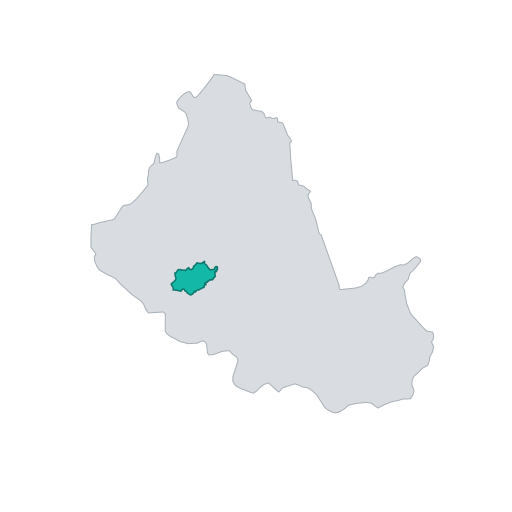 location of Bam, Bam, Burkina Faso, rotated 251°
{"feature_id": "67063806B14953893434288", "entity_name": "Bam", "entity_type": "district", "adm_level": 2, "iso_a3": "BFA", "parent_name": "Burkina Faso", "parent_adm1": "Bam", "projection": "natural_earth1", "projection_center": [-1.611, 13.44], "detail": "fine", "context": "in_parent", "style": "filled", "palette": "teal", "viewbox_px": 512, "rotation_deg": 251, "n_neighbors": 0, "source": "geoboundaries", "source_scale": "gbopen_adm2", "svg_char_len": 7884}
<svg xmlns="http://www.w3.org/2000/svg" viewBox="0 0 512 512"><g transform="rotate(251 256 256)"><path d="M371.7,324.7L359.6,325.3L355.2,326.8L352.6,326.8L352.5,325.5L352.2,324.8L337.0,320.5L326.3,318.0L315.5,315.2L314.9,317.8L313.3,319.5L311.0,319.7L309.4,319.2L308.3,321.3L306.5,323.9L304.0,325.2L301.5,326.9L300.1,328.3L299.1,328.3L296.7,324.9L293.4,324.6L287.2,325.2L284.5,324.2L280.7,323.8L271.8,324.5L257.6,323.1L255.2,323.8L254.6,324.5L240.5,324.6L225.0,324.8L212.0,324.9L200.7,325.1L200.7,324.5L197.0,324.4L196.6,325.6L193.4,339.2L193.0,346.6L194.7,351.2L196.7,354.1L198.8,355.3L199.0,357.0L197.3,359.1L197.4,361.3L199.5,363.5L200.0,365.9L198.9,368.4L199.2,374.3L200.7,383.8L200.7,389.9L199.3,392.7L200.0,397.5L202.8,404.3L203.2,407.1L202.2,408.5L199.9,410.2L197.6,410.2L194.8,406.1L193.6,404.2L191.4,400.1L189.5,395.9L187.0,394.1L184.5,392.4L181.5,387.1L178.5,384.6L175.4,385.3L170.9,384.3L161.8,383.0L152.0,383.4L147.9,384.6L143.9,386.5L133.6,390.8L129.6,392.9L126.5,398.2L123.1,398.1L119.6,396.4L117.4,393.9L112.8,394.5L108.3,392.1L104.0,387.5L100.8,386.0L96.7,382.7L95.6,376.3L93.0,371.9L90.7,365.7L87.1,362.9L83.1,361.4L77.4,361.7L73.8,359.3L70.8,355.6L71.6,352.5L73.0,348.1L73.1,343.8L74.0,336.8L73.5,328.1L72.5,322.0L75.6,319.5L79.2,317.2L81.5,313.1L83.8,303.8L84.8,295.8L84.1,292.9L82.9,290.5L82.0,287.1L81.5,282.9L82.1,279.2L84.8,275.8L88.3,272.9L90.7,271.6L97.1,270.1L105.1,268.0L109.7,265.6L113.1,263.2L115.0,261.3L116.9,257.4L120.0,254.4L122.4,251.4L122.7,242.9L122.7,238.0L121.0,235.4L120.0,233.1L131.9,226.5L132.0,221.8L130.3,216.6L128.0,212.3L127.2,208.7L130.5,204.4L133.4,201.2L135.5,198.5L140.2,194.3L145.0,193.3L149.4,194.8L162.4,204.6L164.6,205.2L167.3,204.5L170.7,201.9L175.2,199.9L176.8,193.3L176.7,183.7L177.7,179.3L180.0,178.5L187.5,180.3L189.4,180.4L191.6,179.8L193.1,178.1L193.1,175.0L192.7,172.3L195.2,163.3L199.6,156.6L208.6,148.2L211.4,146.5L214.6,145.7L230.7,151.4L233.3,150.0L237.2,135.7L241.6,134.3L246.8,134.1L250.2,132.9L251.9,131.9L259.6,126.4L273.0,119.0L280.3,115.9L281.7,114.7L286.8,109.4L293.7,103.4L298.1,102.2L304.1,101.8L308.0,102.8L309.0,104.5L310.2,105.3L318.1,102.8L329.5,106.8L339.3,110.9L338.6,113.4L338.6,117.9L337.8,125.0L336.8,133.5L340.9,139.0L345.7,144.9L347.0,147.2L345.8,153.0L346.7,156.5L349.3,162.1L353.6,169.4L358.1,176.8L361.2,177.8L364.2,178.4L366.0,179.7L368.6,181.0L371.2,181.9L373.5,183.5L374.9,185.1L376.8,189.7L381.9,192.7L385.4,195.7L384.0,197.2L379.6,196.6L375.4,195.3L374.9,197.5L374.8,205.9L375.4,212.9L376.4,213.9L380.6,215.2L390.5,224.3L399.5,232.9L402.5,235.1L407.4,236.0L413.0,236.3L415.4,235.5L420.7,231.2L423.6,230.7L426.2,230.8L427.7,231.5L430.3,235.1L432.7,240.4L433.4,244.4L433.2,246.5L432.4,247.3L428.0,248.3L426.1,249.1L425.6,250.2L426.3,252.9L427.2,254.6L432.0,262.3L439.0,272.7L441.2,275.4L440.0,278.5L436.4,286.6L433.8,290.0L422.1,301.5L416.4,300.1L404.3,302.5L402.5,299.8L399.7,299.5L396.2,299.9L395.0,300.9L394.6,302.1L393.3,303.7L391.1,308.2L389.4,309.4L387.3,310.1L384.6,310.0L383.1,310.6L383.1,312.9L382.6,314.8L380.9,315.8L380.1,318.0L380.3,320.2L379.2,321.2L376.9,320.6L375.6,320.0L374.3,322.8L372.8,324.7L371.7,324.7Z" fill="#d9dde1" stroke="#a8b0b8" stroke-width="1"/><path d="M240.7,183.7L240.8,184.0L241.2,184.5L241.4,184.6L241.6,184.9L241.7,185.2L241.7,185.3L241.9,185.4L242.2,185.7L242.3,185.8L242.4,186.2L242.5,186.3L242.2,186.5L241.9,186.6L241.8,186.8L241.7,187.0L241.9,187.5L242.0,187.7L242.3,187.8L242.5,187.9L242.6,188.0L242.9,189.6L242.9,189.8L242.9,190.0L242.8,190.3L242.6,190.7L242.5,190.9L242.5,191.2L242.5,191.5L242.7,191.8L242.9,192.3L243.0,192.5L243.0,192.8L242.9,193.2L242.9,193.5L242.9,193.9L243.0,194.0L243.2,194.3L243.4,194.8L243.4,195.3L243.4,195.5L243.5,195.6L243.5,195.8L243.2,196.0L243.2,196.3L243.3,196.5L243.4,196.8L243.6,196.9L243.9,196.9L244.0,197.0L244.5,197.1L244.6,197.4L244.8,197.5L245.1,198.0L245.2,198.6L245.1,198.8L245.1,199.1L245.3,199.2L245.4,199.3L245.5,199.4L245.7,199.1L246.2,198.7L246.6,198.5L247.0,198.5L247.0,198.8L246.9,199.0L247.0,199.2L246.9,199.6L247.0,199.8L247.1,200.4L247.2,200.5L247.1,200.8L247.1,201.1L247.5,201.1L247.8,201.3L247.8,201.5L247.7,201.6L247.4,201.6L247.4,201.8L247.5,202.1L247.6,202.6L247.8,203.0L248.0,203.0L248.1,203.4L248.3,203.6L248.3,203.8L248.4,204.0L248.3,204.6L248.3,204.8L248.2,204.9L248.0,205.0L248.0,205.4L248.2,205.6L248.3,205.8L248.5,205.9L248.5,206.0L248.4,206.2L248.0,206.5L247.8,206.7L247.7,207.1L247.8,207.4L248.1,207.7L248.2,208.0L248.4,208.3L248.5,208.4L248.6,208.5L248.9,208.5L249.0,208.6L249.1,208.8L249.1,209.1L249.3,209.3L249.3,209.7L249.7,210.3L249.8,210.6L250.0,210.9L250.4,210.9L251.4,211.2L251.8,211.3L251.9,211.2L252.3,211.1L252.5,211.2L253.0,211.6L253.3,211.8L253.5,211.6L253.8,211.5L254.0,211.6L254.2,211.8L254.3,211.8L254.3,212.0L254.4,212.3L254.4,212.7L254.4,212.8L254.5,212.9L254.8,213.0L255.0,213.1L255.0,213.5L255.0,213.9L254.9,213.9L254.8,214.0L254.7,214.0L254.8,214.1L255.0,214.2L255.1,213.9L255.2,214.0L255.4,214.3L255.4,214.5L255.5,214.6L255.6,214.8L255.8,215.0L255.9,214.9L256.0,215.0L256.4,214.9L256.5,215.0L256.4,215.2L256.5,215.3L256.9,215.6L257.0,215.5L257.4,215.5L257.8,215.5L258.2,215.3L258.3,215.4L258.2,215.6L258.2,215.8L258.3,215.8L258.6,215.7L258.8,215.2L259.0,214.6L258.9,214.3L258.8,213.8L258.4,213.2L258.1,213.0L257.7,212.7L257.0,212.5L256.9,212.4L256.9,212.2L257.0,211.7L257.1,211.2L257.2,210.5L257.5,210.0L257.6,209.7L257.7,209.3L257.7,209.0L257.6,208.8L257.6,208.4L257.7,208.1L257.9,207.9L258.1,207.9L258.5,207.9L258.9,207.7L259.3,207.4L259.5,207.4L259.9,207.2L260.5,207.1L260.8,207.0L261.1,206.8L261.4,206.7L262.0,206.4L262.4,206.4L263.2,206.5L263.5,206.3L264.3,205.6L264.8,205.3L265.3,205.0L266.0,204.9L266.4,205.0L266.7,205.2L266.8,205.4L267.0,205.5L267.5,205.6L267.7,205.4L267.7,205.1L267.6,204.9L267.2,203.9L267.2,203.5L267.1,202.9L266.8,202.4L266.6,202.1L266.6,201.9L266.6,202.0L266.8,201.8L266.8,201.6L266.9,201.4L267.0,201.4L267.1,201.2L267.1,200.8L267.0,200.7L267.1,200.4L267.3,200.2L267.8,199.7L267.9,199.1L268.0,198.9L268.2,198.7L268.5,198.5L268.7,198.2L268.7,197.8L268.6,197.7L268.4,197.3L268.2,197.2L267.9,197.1L267.8,196.9L267.8,196.7L267.7,196.7L267.5,196.3L267.5,196.2L267.4,195.8L267.3,195.7L267.1,195.2L267.0,194.9L267.0,194.6L266.9,194.5L266.9,194.4L266.9,194.1L266.7,193.9L266.6,193.7L266.3,193.7L266.2,193.6L266.1,193.4L265.6,193.2L265.4,193.0L265.4,192.9L264.6,191.9L264.5,191.6L264.4,191.2L264.3,190.8L264.1,190.6L264.1,190.4L264.1,190.2L264.4,189.9L265.3,188.9L266.2,188.8L266.5,188.7L266.9,188.4L266.9,188.1L266.5,187.2L266.4,186.8L266.4,186.6L266.2,186.4L265.7,185.4L265.4,184.9L265.3,184.7L265.2,184.5L265.3,184.4L265.6,184.1L265.9,183.8L266.1,183.4L266.4,182.7L266.5,182.3L266.6,181.6L266.7,181.4L266.8,181.2L267.0,181.0L267.7,180.4L267.9,180.1L267.9,179.8L267.9,179.6L267.8,179.4L267.8,179.2L267.9,178.9L268.3,178.4L268.4,178.1L268.3,177.6L268.2,177.4L267.5,176.7L266.5,175.3L266.3,175.0L266.2,174.8L266.2,174.2L266.3,173.7L265.9,173.6L265.2,173.5L264.6,173.4L264.1,173.3L263.1,173.1L262.2,173.2L261.3,173.1L260.9,173.1L260.5,172.9L260.2,172.6L259.7,172.1L259.4,171.7L259.1,171.3L258.3,169.5L258.0,168.6L257.6,167.8L257.4,167.3L257.1,166.6L256.3,166.7L255.6,166.8L253.5,167.3L253.2,167.3L251.6,167.0L251.4,166.9L251.2,166.8L251.0,166.7L251.0,166.8L250.8,167.0L250.2,168.3L249.7,169.3L249.0,170.5L248.6,171.2L248.2,172.0L248.0,172.3L247.8,172.4L247.7,172.4L247.5,172.9L247.5,173.2L247.4,173.3L247.2,173.6L247.3,173.8L247.4,174.2L247.5,174.3L247.9,174.5L248.1,174.6L248.2,174.8L248.3,175.1L248.3,175.3L248.4,175.7L248.4,175.8L248.6,175.9L248.4,176.2L248.3,176.7L248.2,176.9L248.1,177.1L247.9,177.2L247.5,177.4L246.6,177.4L246.3,177.4L246.0,177.6L245.0,178.7L244.8,178.8L244.7,178.8L244.3,178.7L244.2,178.7L243.8,178.8L243.4,179.0L242.4,179.8L241.9,180.2L241.2,180.7L240.6,181.3L240.4,181.5L240.4,181.9L240.5,182.2L240.6,182.4L240.6,182.5L240.6,182.9L240.7,183.4L240.7,183.7Z" fill="#14b8a6" stroke="#0f766e" stroke-width="1.5"/></g></svg>